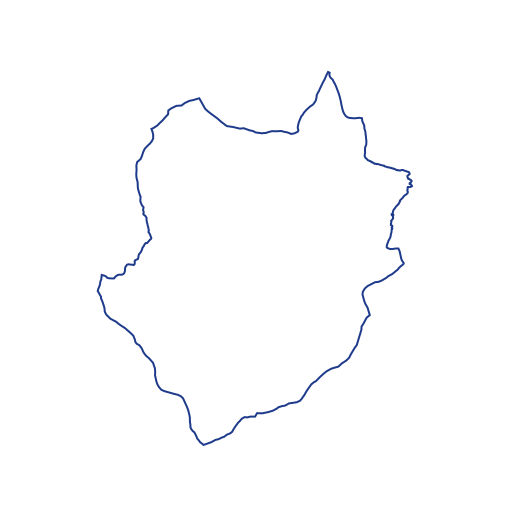 Semonkong, Maseru, Lesotho, rotated 104°
{"feature_id": "5366337B2664328548096", "entity_name": "Semonkong", "entity_type": "district", "adm_level": 2, "iso_a3": "LSO", "parent_name": "Lesotho", "parent_adm1": "Maseru", "projection": "robinson", "projection_center": [28.034, -29.842], "detail": "fine", "context": "isolated", "style": "outline", "palette": "blue", "viewbox_px": 512, "rotation_deg": 104, "n_neighbors": 0, "source": "geoboundaries", "source_scale": "gbopen_adm2", "svg_char_len": 6121}
<svg xmlns="http://www.w3.org/2000/svg" viewBox="0 0 512 512"><g transform="rotate(104 256 256)"><path d="M125.5,340.9L116.7,349.2L119.9,354.7L121.6,358.2L124.8,362.1L128.0,364.7L129.6,369.6L133.1,373.8L136.0,376.3L139.8,375.6L143.3,377.6L147.1,379.5L150.0,381.4L153.2,383.3L156.4,386.2L158.0,388.2L160.5,386.5L163.0,385.2L166.8,384.2L169.7,384.8L172.5,386.1L176.0,388.3L178.9,389.9L182.4,390.6L186.8,390.9L190.0,391.5L193.5,394.0L197.0,394.0L201.4,392.7L205.5,392.0L208.7,391.0L213.1,388.7L217.9,387.3L220.0,386.4L224.9,383.5L226.2,382.4L230.5,381.6L232.3,380.6L233.9,379.3L234.9,378.3L235.9,376.9L238.6,376.7L241.0,375.4L242.4,375.6L243.0,375.1L243.6,373.6L244.1,372.8L245.5,371.4L247.4,371.0L247.7,370.8L250.0,369.9L250.8,369.3L252.4,368.6L254.8,367.2L255.9,366.8L257.1,366.1L258.7,366.2L260.2,364.5L263.7,362.0L264.6,361.9L265.9,362.8L269.8,364.8L270.1,366.1L271.9,367.0L273.9,367.4L275.3,368.1L277.7,368.2L280.3,368.8L282.8,370.0L284.4,370.0L286.0,369.8L287.4,369.8L289.3,372.1L290.2,372.5L292.3,371.9L293.6,371.9L294.4,372.6L294.4,374.4L294.8,376.1L294.8,377.5L295.6,379.0L298.4,380.1L300.1,380.0L301.9,379.6L303.7,379.6L305.0,379.9L306.4,381.3L307.0,383.0L307.2,384.1L307.8,385.5L310.2,387.5L312.0,388.2L312.5,389.6L313.2,393.5L313.1,395.3L312.3,396.2L311.8,398.0L311.7,401.1L316.0,400.5L318.7,400.8L321.2,400.5L323.7,400.7L326.3,401.1L328.3,401.1L330.0,399.3L331.5,398.1L332.9,396.6L334.6,396.1L337.5,393.9L339.5,392.7L340.8,391.8L343.1,390.5L346.7,389.2L349.1,387.1L352.1,382.1L353.7,375.7L355.1,372.8L356.5,369.2L357.6,365.8L361.3,358.6L363.0,355.8L366.1,353.5L368.9,352.0L370.0,350.5L370.9,347.4L373.3,344.5L376.3,342.2L377.9,340.5L379.7,338.0L380.9,335.4L384.5,330.1L389.5,326.9L392.7,325.8L396.2,325.1L401.6,322.4L403.4,321.3L405.1,320.0L406.9,318.1L408.7,315.5L409.3,312.2L409.6,301.7L409.6,298.0L410.3,294.9L411.8,292.3L419.1,286.5L421.8,284.6L425.5,282.6L428.7,281.1L433.3,279.9L435.3,278.9L437.4,278.4L438.3,278.0L439.4,277.1L440.6,275.8L441.3,274.7L442.0,273.1L445.0,270.5L447.3,268.9L449.0,266.5L450.2,265.2L451.5,262.1L452.0,261.3L451.0,259.6L449.0,256.7L447.7,254.6L444.3,250.9L442.7,247.9L440.8,245.7L439.0,243.1L436.3,240.9L434.3,238.1L432.3,236.6L430.0,236.0L427.2,235.1L422.2,233.1L419.9,231.7L417.3,230.4L415.1,228.1L414.7,225.4L413.4,223.0L412.9,221.6L412.4,219.5L412.2,218.2L411.3,217.8L408.3,217.0L407.1,211.8L404.5,206.4L402.0,202.2L399.0,198.9L397.3,197.6L395.5,194.7L394.1,191.5L391.1,188.4L388.0,181.0L385.8,178.3L383.3,177.0L381.4,176.4L379.7,175.6L375.3,174.4L371.2,172.9L367.2,171.3L365.1,169.8L363.8,168.7L363.3,167.8L358.2,164.8L354.2,162.2L351.0,159.8L347.2,155.8L345.2,152.5L343.4,149.3L339.4,146.7L335.6,143.1L332.0,140.9L328.8,140.3L321.5,138.1L318.1,136.7L302.1,135.9L298.9,136.5L295.3,135.3L289.0,133.7L285.8,131.3L279.1,135.3L276.0,138.3L273.6,140.0L267.7,143.3L265.1,143.7L261.3,142.6L258.2,140.5L252.6,134.1L251.5,131.0L249.5,128.2L245.5,124.1L243.7,122.9L240.5,119.4L234.6,115.0L233.2,114.5L231.1,113.2L228.8,111.4L227.8,110.9L227.3,110.9L226.4,111.7L225.8,112.6L223.9,114.2L216.8,117.7L214.3,119.6L215.0,122.4L216.3,125.5L216.8,127.7L216.4,130.6L215.6,131.4L213.5,131.6L211.0,131.3L209.5,131.2L205.5,130.2L203.6,130.2L201.9,130.4L200.1,130.3L197.8,130.7L197.0,130.4L196.5,130.3L196.2,130.5L196.3,130.6L196.5,130.7L196.4,130.9L195.8,131.2L195.6,131.0L195.3,131.1L194.7,130.8L194.0,130.9L193.6,131.3L193.5,131.7L193.5,132.2L193.4,132.6L192.6,132.8L191.5,132.9L190.9,132.8L190.7,133.0L189.9,133.0L189.2,133.4L187.8,132.6L186.4,132.1L185.9,132.2L185.4,132.5L184.9,132.5L184.1,132.8L183.2,132.6L182.8,132.7L182.8,132.9L183.0,133.4L183.6,133.8L183.6,134.0L182.8,134.4L182.7,134.1L182.0,134.0L181.4,133.6L179.7,133.9L178.3,133.7L177.3,133.4L176.6,133.0L174.4,132.2L172.8,131.3L171.9,130.9L171.8,130.6L171.1,130.2L170.6,130.1L169.9,130.1L169.6,129.9L168.4,129.5L167.7,129.8L167.3,129.7L167.0,129.5L164.9,128.3L164.2,127.8L162.6,127.2L161.7,126.7L160.0,125.2L158.6,124.3L158.1,124.1L157.0,124.2L156.6,124.4L156.2,124.9L155.8,125.0L154.0,125.1L152.8,125.5L152.3,125.3L152.1,124.8L152.1,124.4L151.7,122.9L150.9,121.9L150.4,121.5L150.2,121.6L149.5,122.6L149.2,122.8L149.0,123.2L148.9,123.8L149.0,124.2L148.9,124.4L148.3,124.5L147.8,124.3L147.1,123.6L145.7,123.1L145.1,123.5L144.8,124.1L144.6,125.2L144.3,125.7L144.3,126.5L144.1,126.5L144.0,127.2L143.7,127.5L143.2,127.7L142.8,128.1L141.8,128.5L141.4,128.3L139.4,126.8L139.0,126.8L138.5,127.2L137.8,127.7L137.6,128.1L137.5,129.0L137.6,129.4L137.3,130.8L137.5,131.2L137.2,132.4L137.3,133.0L137.0,134.3L137.3,135.5L138.2,136.7L138.4,137.5L138.4,137.8L138.2,138.4L138.6,139.3L138.5,139.5L138.4,140.0L138.4,140.3L138.6,140.6L138.1,142.2L138.1,143.3L137.8,143.9L137.9,144.3L138.1,144.7L137.8,146.3L138.0,146.7L137.8,148.5L138.1,149.2L137.9,150.6L137.9,152.4L137.8,153.1L137.4,153.5L137.5,155.0L137.5,157.6L137.3,158.9L137.4,159.8L137.3,160.6L137.7,161.3L137.5,161.7L137.6,162.3L137.8,162.8L137.5,163.3L137.7,163.6L136.8,165.8L136.9,166.1L137.1,166.1L137.1,166.3L136.6,166.8L136.5,167.3L136.6,167.6L136.3,168.0L136.4,168.5L136.0,169.6L136.1,170.0L136.0,170.6L135.3,171.6L134.3,173.5L133.8,173.8L133.5,174.3L132.2,174.9L129.5,175.1L127.2,175.8L124.1,176.4L123.4,176.3L122.5,176.1L121.2,176.0L118.4,176.5L116.1,177.3L114.1,178.1L113.2,178.3L112.0,178.9L108.8,180.0L106.2,181.6L102.9,182.7L100.3,184.9L98.7,185.8L96.7,186.5L96.9,189.1L98.6,193.8L99.4,198.5L99.3,200.6L98.6,202.6L96.7,204.8L95.0,206.2L92.9,207.5L88.2,209.9L85.4,211.1L81.1,213.4L77.9,215.3L72.3,219.2L70.1,220.9L68.4,222.6L66.4,224.2L64.8,227.0L62.9,228.5L60.4,228.9L60.0,230.6L62.8,231.3L67.7,232.1L72.1,233.2L78.5,234.5L81.1,234.9L82.2,235.4L85.5,236.0L87.8,235.6L91.1,235.7L95.1,237.2L97.9,239.7L102.1,242.5L105.2,244.1L107.7,244.9L109.7,245.9L115.9,246.8L118.2,246.8L120.6,246.7L122.0,246.3L123.7,245.3L125.3,245.5L127.9,248.7L128.4,250.0L129.1,251.4L128.8,252.9L128.5,255.5L128.7,259.4L128.6,261.7L130.0,266.3L131.1,270.9L132.8,274.0L134.2,276.1L134.7,278.0L135.5,279.8L136.2,286.3L135.5,288.8L135.6,292.6L135.0,298.8L136.3,302.4L136.4,309.6L137.0,315.8L134.2,322.3L131.8,326.9L128.6,334.7L127.1,338.0L125.5,340.9Z" fill="none" stroke="#1e3a8a" stroke-width="2"/></g></svg>